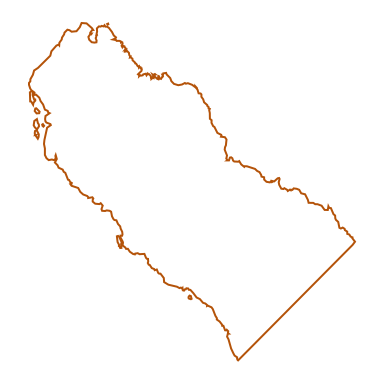 North West Choiseul, Choiseul, Solomon Islands (Equal Earth projection)
{"feature_id": "97153195B88202120204491", "entity_name": "North West Choiseul", "entity_type": "district", "adm_level": 2, "iso_a3": "SLB", "parent_name": "Solomon Islands", "parent_adm1": "Choiseul", "projection": "equal_earth", "projection_center": [156.555, -6.774], "detail": "fine", "context": "isolated", "style": "outline", "palette": "amber", "viewbox_px": 384, "rotation_deg": 0, "n_neighbors": 0, "source": "geoboundaries", "source_scale": "gbopen_adm2", "svg_char_len": 5798}
<svg xmlns="http://www.w3.org/2000/svg" viewBox="0 0 384 384"><path d="M237.5,361.0L352.6,244.9L355.0,241.7L352.3,238.2L352.5,237.4L350.6,236.6L349.3,234.5L347.3,233.9L347.2,231.6L344.9,230.1L344.6,228.8L342.7,227.6L340.9,228.5L339.4,227.8L338.2,221.9L335.9,219.8L335.3,218.4L335.1,215.5L333.5,214.2L330.9,208.1L329.2,207.9L328.4,206.3L327.8,210.0L324.6,209.9L321.6,205.7L317.5,204.2L315.2,204.2L313.3,202.9L308.6,202.8L307.9,199.9L305.1,194.3L301.2,193.3L299.2,189.8L296.7,188.8L293.7,188.4L292.4,189.9L291.0,189.7L290.8,190.3L289.8,189.7L287.8,191.0L287.1,189.8L284.3,188.2L283.4,189.0L281.3,188.7L279.2,184.8L278.7,182.2L279.6,179.0L279.1,178.0L277.7,178.3L274.2,181.4L272.8,181.1L273.1,181.5L271.8,182.2L270.9,181.3L269.9,182.4L266.5,181.8L264.2,179.6L264.1,177.3L261.5,176.6L261.1,174.8L259.5,172.1L257.2,171.0L255.0,168.9L247.0,166.3L244.5,166.2L244.2,166.8L241.2,164.4L239.2,161.1L238.3,161.7L234.2,161.5L233.1,160.6L232.3,158.2L231.1,157.3L229.9,157.6L229.0,160.4L227.3,160.4L227.6,160.2L226.3,158.6L227.0,155.5L224.7,149.7L225.0,147.3L225.9,145.3L226.5,139.5L224.9,137.2L221.0,136.7L221.5,135.5L221.2,134.8L217.4,132.9L214.4,126.9L213.2,126.2L211.5,122.8L211.6,120.2L209.9,118.8L209.8,113.0L209.2,110.2L209.8,108.9L208.6,108.4L208.6,107.1L207.3,105.9L207.2,105.0L204.1,102.3L203.2,99.3L201.4,96.8L201.4,94.4L200.6,93.5L198.6,93.3L197.5,89.6L195.7,87.5L192.1,84.8L187.9,83.2L185.9,83.7L184.9,83.0L182.0,84.5L178.3,85.2L174.0,83.9L171.4,81.2L170.2,78.0L166.6,74.4L166.1,72.9L163.2,73.4L163.0,74.6L162.3,74.6L163.0,76.2L162.3,77.3L161.7,77.3L161.0,78.9L159.6,78.4L158.7,79.4L157.3,78.9L154.9,76.7L154.0,76.9L153.7,78.1L152.9,77.7L151.7,78.7L151.9,77.4L151.0,77.9L150.7,75.9L149.0,74.1L148.1,74.3L147.7,73.6L146.5,75.3L145.8,73.7L143.2,74.4L142.7,75.3L140.8,75.7L140.1,75.2L139.2,76.1L139.3,75.3L138.0,74.3L141.4,71.0L141.8,69.6L141.5,68.3L140.8,68.4L140.5,67.3L139.7,67.5L139.3,66.5L138.9,67.1L138.8,66.2L137.7,66.2L136.2,63.7L135.2,63.4L135.0,62.5L132.6,60.3L132.4,58.6L130.7,57.5L130.7,56.8L130.0,57.2L130.2,56.3L129.3,55.1L128.9,52.8L127.3,51.2L126.3,51.4L126.8,50.8L126.5,49.9L125.5,50.4L125.9,49.5L125.0,49.8L125.8,48.8L125.3,47.6L124.5,47.3L124.4,46.3L122.9,45.8L122.3,47.1L121.6,45.8L122.6,43.8L122.3,42.3L121.3,41.8L120.9,42.3L120.6,41.3L119.6,40.9L116.6,40.9L116.1,40.1L113.0,39.5L115.5,38.4L116.0,37.4L113.8,35.5L112.0,32.0L109.0,28.0L107.2,26.7L105.5,26.7L104.5,25.2L103.6,26.4L101.6,25.9L100.7,26.6L98.9,26.4L96.9,28.4L97.1,31.7L96.6,33.4L97.0,35.0L96.2,35.3L96.3,36.7L95.7,38.1L96.6,40.6L96.4,42.3L94.4,42.6L91.7,42.2L89.2,39.7L88.4,36.9L90.1,34.4L91.2,34.4L91.6,33.7L90.6,33.9L90.1,33.1L90.4,32.5L92.1,30.1L93.2,30.0L92.0,28.2L86.6,23.4L81.6,23.0L79.8,27.2L76.5,31.2L71.6,31.7L69.5,30.2L67.4,29.7L64.5,32.6L64.1,34.4L62.0,37.6L61.7,39.5L59.4,42.7L59.2,45.3L58.6,44.6L56.4,45.6L51.4,51.3L50.3,55.7L38.0,67.9L34.1,70.5L32.9,74.8L30.4,79.2L30.3,81.4L29.0,82.9L29.0,84.8L30.2,88.5L31.2,90.1L34.5,92.6L34.4,94.9L36.1,94.7L39.3,97.7L40.6,101.1L43.1,104.5L44.9,109.6L47.7,110.9L48.3,112.6L49.6,113.2L45.5,116.0L45.1,119.1L45.5,121.5L46.5,122.6L50.4,124.1L50.8,125.1L47.1,127.7L44.4,140.1L44.0,144.0L44.9,148.5L44.9,155.0L46.5,158.2L48.7,160.1L51.9,159.5L53.9,160.1L55.1,159.4L55.7,157.9L55.4,155.9L55.7,155.1L56.8,159.0L54.9,162.5L57.6,165.3L58.6,167.7L62.7,169.6L63.7,171.8L65.3,172.8L68.0,179.7L69.1,180.0L70.8,183.2L71.3,182.7L71.8,183.0L71.4,184.2L70.5,184.3L71.6,185.8L78.2,188.0L80.3,191.9L83.2,194.5L87.2,196.0L88.2,197.1L88.2,198.0L92.4,197.3L93.3,198.5L92.7,199.8L92.7,201.6L95.2,203.7L99.4,204.1L100.7,203.2L102.7,205.6L101.5,209.1L102.1,210.8L105.1,211.0L106.7,210.4L109.6,210.8L111.1,211.7L112.0,216.3L113.4,219.0L114.4,220.0L116.4,220.3L118.0,224.0L120.2,226.4L120.6,228.5L122.2,231.8L122.5,234.4L122.1,235.7L120.6,235.6L120.5,237.5L122.7,241.6L123.0,242.8L122.6,244.7L123.1,245.8L125.3,247.5L126.1,248.9L127.9,248.8L129.8,251.7L133.1,254.0L134.9,254.4L135.2,253.6L137.7,253.2L139.6,254.2L144.4,253.9L146.0,257.8L146.9,258.8L148.0,258.9L148.2,261.6L147.8,263.0L148.7,264.7L149.7,264.9L151.8,268.1L154.1,269.0L154.7,270.2L156.8,269.5L158.2,272.9L159.2,273.7L160.5,273.7L163.8,278.0L164.1,282.1L168.4,284.7L176.9,286.7L179.5,288.1L180.9,287.6L182.2,288.6L182.5,288.2L182.7,290.0L183.2,290.5L184.2,290.5L184.7,289.4L185.8,289.3L186.4,288.3L188.2,288.5L188.9,289.8L190.4,289.9L193.3,293.1L196.6,297.5L199.9,299.1L203.0,302.8L205.3,303.5L207.2,305.1L207.1,305.9L207.7,305.6L211.5,307.3L212.8,309.1L215.4,315.8L216.9,318.2L216.8,319.5L219.6,321.5L222.0,324.6L222.2,325.8L223.4,325.8L225.1,330.3L226.4,330.4L226.8,329.8L228.2,331.2L227.9,333.1L228.7,333.7L227.8,333.8L227.1,336.7L228.5,339.3L231.1,348.5L233.4,353.4L234.6,355.6L237.1,357.3L237.1,358.9L238.0,360.0L237.5,361.0ZM35.3,100.6L35.2,99.5L34.2,99.6L32.6,95.0L32.7,93.4L33.5,92.4L31.7,91.2L29.9,92.3L30.2,101.4L31.2,101.5L33.1,104.8L33.5,102.7L35.3,100.6ZM39.0,126.3L38.8,124.4L37.9,123.1L36.9,119.1L34.3,121.0L33.7,125.3L34.8,127.3L37.0,129.4L39.0,126.3ZM121.7,242.4L119.2,236.8L118.1,235.9L116.9,236.3L117.6,242.1L119.0,244.7L118.9,246.1L119.6,246.5L120.2,248.0L121.4,247.9L121.1,244.1L121.7,242.4ZM38.8,134.4L36.8,130.3L35.1,130.9L34.8,132.4L34.8,134.0L35.4,134.6L35.1,135.1L35.9,135.0L35.5,135.4L37.8,138.7L38.6,136.9L38.8,134.4ZM39.2,113.2L39.6,111.7L36.3,108.3L35.3,108.5L34.7,111.0L36.6,113.4L39.2,113.2ZM191.6,298.8L190.8,296.0L189.6,295.6L188.7,296.6L188.5,297.9L189.0,298.6L190.9,299.2L191.6,298.8ZM44.1,125.8L42.9,124.1L42.2,124.6L42.5,125.8L43.4,126.6L44.1,125.8ZM159.2,77.8L159.0,76.3L158.3,76.0L158.1,78.1L159.2,77.8ZM154.1,75.8L153.3,74.2L153.3,75.0L152.7,74.6L153.4,76.0L154.1,75.8ZM108.3,24.3L108.1,23.6L107.2,24.0L107.6,24.6L108.3,24.3ZM197.0,88.7L196.9,88.0L195.6,86.6L195.7,87.2L197.0,88.7ZM155.6,74.6L154.9,74.0L154.3,74.3L154.8,75.0L155.6,74.6Z" fill="none" stroke="#b45309" stroke-width="2"/></svg>